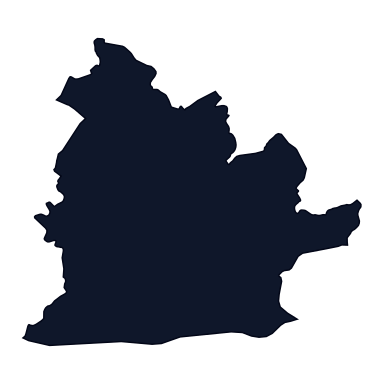 Nitriansky, Natural Earth projection
{"feature_id": "SVK-1054", "entity_name": "Nitriansky", "entity_type": "Region", "adm_level": 1, "iso_a3": "SVK", "parent_name": "Slovakia", "parent_adm1": "", "projection": "natural_earth1", "projection_center": [18.337, 48.233], "detail": "fine", "context": "isolated", "style": "filled", "palette": "ink", "viewbox_px": 384, "rotation_deg": 0, "n_neighbors": 0, "source": "natural_earth", "source_scale": "10m", "svg_char_len": 5384}
<svg xmlns="http://www.w3.org/2000/svg" viewBox="0 0 384 384"><path d="M347.5,245.1L341.8,244.9L338.2,246.3L326.2,248.7L302.5,253.2L298.1,256.3L291.4,268.1L289.1,269.9L284.2,270.6L282.0,271.7L278.7,275.1L279.1,276.3L280.8,277.6L281.6,281.3L279.1,294.4L278.5,301.1L280.2,307.0L287.5,313.2L297.1,319.2L296.7,319.3L290.6,321.2L284.9,322.4L280.6,325.2L272.3,333.3L266.3,336.5L259.0,337.2L251.5,336.0L242.4,332.5L231.2,331.8L180.1,336.9L161.4,343.5L152.1,344.2L121.3,341.5L64.1,344.6L49.6,345.4L28.7,340.6L23.0,337.9L25.1,336.1L26.0,333.7L27.9,326.3L28.4,325.2L28.9,324.7L29.5,324.8L30.5,325.3L31.0,325.4L31.6,325.4L32.1,325.5L32.7,325.7L34.1,325.3L36.2,324.3L40.9,321.2L42.7,319.7L43.8,318.4L43.9,311.6L44.8,309.4L45.7,307.9L47.0,306.7L47.8,306.1L48.4,305.9L48.9,306.0L49.9,305.6L51.8,304.4L54.6,300.9L60.6,296.3L64.8,294.0L66.4,292.7L66.7,291.6L65.9,290.1L64.2,287.6L64.7,283.9L65.2,282.8L65.6,281.8L65.7,280.6L65.4,279.4L65.1,278.4L63.3,277.0L63.9,268.8L62.2,257.8L63.4,250.8L63.3,249.2L62.7,247.9L62.0,247.5L61.4,247.3L60.6,247.3L60.1,247.2L59.1,246.9L57.3,246.7L56.5,246.5L55.4,245.7L55.0,245.2L55.1,244.4L56.1,241.9L55.7,240.7L54.9,240.4L53.4,240.5L49.3,241.8L47.9,241.9L46.9,241.5L45.2,240.3L44.5,239.5L44.3,238.5L44.8,237.3L46.8,232.9L47.0,230.3L45.6,228.1L34.7,217.8L34.6,216.7L35.5,215.7L39.6,214.4L41.0,214.2L41.8,214.4L43.6,215.1L45.3,216.0L46.0,216.2L46.7,216.2L47.5,215.9L48.1,215.6L48.8,215.1L49.2,214.5L49.9,213.0L50.0,211.2L49.2,209.4L47.1,205.9L46.4,204.4L46.4,203.4L48.1,202.7L49.0,202.2L49.5,202.2L50.2,202.5L53.7,206.1L54.2,206.4L54.9,206.3L57.6,204.3L61.7,202.3L62.8,201.5L63.5,200.4L64.3,198.1L64.4,196.3L63.9,195.1L63.1,194.0L60.6,191.8L60.0,191.4L59.3,191.3L58.7,190.7L58.0,189.8L57.0,187.3L56.8,186.2L57.0,185.2L57.7,184.6L58.5,183.5L58.5,182.6L57.9,181.6L57.9,180.9L58.3,180.0L59.4,178.7L61.1,176.1L54.6,171.2L54.3,170.5L54.0,169.5L54.6,169.0L55.1,168.4L55.5,167.6L56.6,162.3L56.7,161.0L57.0,159.8L57.3,158.8L58.4,154.1L62.6,150.6L80.2,123.6L85.6,118.5L74.6,109.0L69.1,105.2L68.2,104.8L67.5,104.7L56.5,99.9L60.8,95.8L61.3,95.1L68.9,78.4L70.1,76.8L70.8,76.8L71.6,77.1L74.8,79.0L76.3,79.1L78.4,78.9L89.9,74.9L91.2,74.2L91.7,73.5L91.5,72.8L91.2,72.3L90.6,70.3L95.4,65.9L96.1,65.5L97.1,65.3L97.7,65.6L98.8,66.1L99.3,65.7L99.7,64.9L100.2,62.9L100.3,61.5L100.1,59.7L99.7,57.7L99.4,57.3L99.2,57.0L98.9,56.8L98.6,56.5L98.4,56.0L98.3,55.9L97.9,55.7L97.7,55.6L97.6,55.3L96.5,53.3L96.2,52.3L96.0,51.8L95.8,51.4L95.5,51.3L95.3,50.7L95.1,49.8L95.1,47.6L95.0,46.3L94.8,45.0L94.2,43.0L94.2,41.9L94.4,41.1L95.7,39.8L97.4,38.6L102.6,38.9L103.3,39.3L104.1,39.7L104.2,40.4L104.1,41.3L104.3,42.6L104.8,43.1L122.5,46.3L124.5,47.3L129.9,52.1L131.3,53.6L134.0,57.9L136.0,60.3L146.7,65.5L151.1,66.5L153.9,68.8L155.9,71.6L156.0,73.5L154.6,76.5L152.4,79.3L150.4,82.4L150.2,84.5L150.7,85.8L151.4,86.5L152.2,87.2L152.3,88.7L152.9,89.3L154.0,89.5L157.0,89.5L157.9,89.8L158.8,90.5L160.1,91.7L165.0,94.5L166.1,95.5L168.5,99.9L171.3,107.1L177.4,109.0L179.1,109.1L179.2,108.8L179.8,107.6L180.4,106.5L181.0,106.3L181.4,106.5L183.0,108.5L184.7,109.8L185.3,109.6L185.6,109.4L185.6,109.0L185.8,108.7L186.3,108.3L189.9,106.4L197.9,100.5L215.4,91.5L219.0,96.2L220.7,97.2L221.2,98.2L220.6,99.0L217.0,102.8L215.4,105.3L215.1,106.4L215.7,106.9L221.8,105.7L224.0,105.7L226.1,106.4L226.9,107.2L227.4,108.7L227.3,110.2L227.2,111.6L226.7,113.7L226.8,114.6L227.3,115.0L228.7,115.3L228.9,115.6L228.5,116.2L226.5,118.5L225.8,119.5L225.6,121.6L226.4,123.3L228.5,126.5L229.1,128.3L229.1,130.2L228.8,132.0L229.0,133.0L229.6,133.5L230.3,133.5L231.4,133.9L232.8,135.2L234.7,138.3L235.7,142.4L236.0,144.9L235.8,147.0L235.2,149.0L234.5,150.5L233.5,151.8L232.7,152.6L231.0,153.8L230.6,154.4L230.4,155.2L230.2,156.0L229.7,156.8L229.0,157.5L227.0,159.3L225.7,160.7L228.2,164.3L229.4,164.4L230.2,163.0L230.9,162.4L232.6,161.1L233.1,160.5L234.7,158.3L236.8,156.4L239.9,155.5L255.5,153.4L263.5,151.2L264.2,150.4L264.4,149.6L264.5,148.6L264.6,147.6L265.7,146.6L266.2,145.9L266.5,145.1L266.7,144.4L267.0,143.8L268.4,142.5L269.3,141.1L270.0,140.3L273.6,137.3L275.9,134.9L277.3,134.1L278.4,133.7L281.4,134.4L288.5,143.4L295.0,148.0L296.5,149.6L306.3,168.6L304.3,177.6L303.8,178.7L303.0,180.2L300.0,182.8L297.2,186.1L296.2,187.6L296.1,188.7L298.4,190.8L298.4,191.3L298.0,191.8L297.1,192.5L296.9,193.3L297.4,194.5L299.4,197.6L300.4,199.6L300.5,200.6L300.1,201.1L298.9,201.6L297.9,202.8L296.3,204.1L294.9,205.7L294.5,207.1L294.5,209.0L294.9,210.6L295.4,211.9L296.1,212.8L296.7,213.2L297.4,213.4L298.0,213.3L298.6,212.8L299.1,212.2L299.7,211.1L300.3,210.5L301.1,210.1L302.2,210.1L303.5,210.2L304.9,210.4L305.9,210.9L310.7,214.2L311.9,214.8L313.0,215.0L313.7,215.0L315.0,214.8L315.7,214.9L317.8,215.4L319.0,215.5L320.2,215.4L322.6,214.8L323.8,214.7L325.3,214.9L325.8,214.8L326.0,214.6L326.1,214.3L326.3,213.7L326.6,212.6L327.3,211.3L328.1,210.5L328.9,210.0L330.8,209.5L331.7,209.2L332.6,208.6L334.6,208.1L336.3,207.9L337.6,207.5L341.1,205.9L345.3,205.1L346.1,204.8L346.8,204.6L348.3,204.9L349.2,204.9L350.4,204.8L351.6,204.2L353.0,203.4L357.0,200.2L360.3,203.4L360.6,204.0L361.0,204.8L360.9,205.3L360.9,206.3L360.8,206.9L360.5,207.5L359.4,208.9L358.9,209.8L358.4,211.1L357.7,213.5L357.8,215.2L359.4,221.0L359.2,223.2L358.4,225.4L356.6,227.4L355.1,228.8L354.0,229.6L352.7,230.3L351.8,231.1L351.1,231.9L350.4,233.5L347.6,237.1L347.1,238.1L347.2,242.1L347.5,245.0L347.5,245.1Z" fill="#0f172a" stroke="#020617" stroke-width="1.5"/></svg>